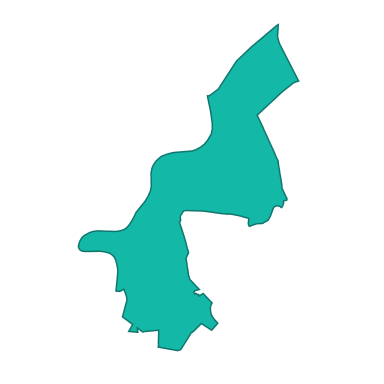 Duong Kinh, Hải Phòng, Vietnam, rotated 263°
{"feature_id": "81297802B62167717430855", "entity_name": "Duong Kinh", "entity_type": "district", "adm_level": 2, "iso_a3": "VNM", "parent_name": "Vietnam", "parent_adm1": "Hải Phòng", "projection": "natural_earth1", "projection_center": [106.703, 20.785], "detail": "fine", "context": "isolated", "style": "filled", "palette": "teal", "viewbox_px": 384, "rotation_deg": 263, "n_neighbors": 0, "source": "geoboundaries", "source_scale": "gbopen_adm2", "svg_char_len": 3290}
<svg xmlns="http://www.w3.org/2000/svg" viewBox="0 0 384 384"><g transform="rotate(263 192 192)"><path d="M347.6,298.0L346.8,296.2L328.6,268.4L316.5,252.1L290.9,230.6L285.5,221.2L285.5,219.0L275.4,219.8L272.8,220.1L271.5,220.2L267.5,220.3L257.7,220.5L252.3,219.9L247.3,218.2L241.7,214.0L237.9,210.1L235.2,205.4L233.5,200.9L232.7,197.4L233.4,179.0L233.2,176.1L232.4,170.8L231.3,166.6L230.6,165.1L228.5,162.0L226.9,159.9L224.3,157.6L222.6,156.4L221.1,155.5L219.6,154.9L217.3,154.1L215.4,153.6L212.8,153.4L209.9,153.1L206.7,152.7L204.0,152.5L201.0,151.9L198.4,151.0L193.2,148.0L188.3,144.1L180.9,136.4L178.4,133.9L173.3,130.7L169.7,128.0L166.6,125.2L164.6,122.9L163.3,120.7L162.5,117.8L162.1,114.5L162.2,110.8L163.7,101.0L164.7,95.3L165.0,91.9L164.9,91.0L164.9,88.9L164.3,85.9L163.3,83.1L161.9,79.7L160.1,77.2L158.1,75.6L156.2,74.3L154.8,73.7L152.9,72.9L151.5,72.6L150.4,72.7L149.3,73.2L148.4,73.6L147.1,75.0L146.4,76.8L146.0,78.8L145.5,82.9L144.5,92.7L144.2,94.3L143.7,96.3L143.0,98.7L141.9,101.4L141.2,102.8L139.9,104.4L138.8,105.5L136.8,106.9L134.2,107.8L131.0,108.4L125.7,108.8L124.6,108.8L122.8,108.7L120.1,108.3L102.9,104.5L102.1,108.2L103.8,112.5L97.4,114.1L93.5,114.4L92.7,114.3L84.8,111.1L76.5,107.8L73.6,110.9L67.7,117.0L61.3,112.2L59.4,121.1L59.6,121.1L63.8,121.1L59.1,126.0L59.0,126.3L59.3,127.4L58.9,142.1L54.4,141.5L45.9,140.2L45.0,140.3L42.2,139.6L41.3,142.4L37.6,154.4L36.4,158.0L36.4,158.8L36.5,159.6L36.6,160.5L37.0,161.6L37.9,162.4L50.7,172.8L52.2,173.9L52.5,174.2L52.6,174.9L52.9,175.6L53.7,176.7L60.3,185.3L52.4,194.7L58.6,201.6L61.8,199.3L64.0,197.9L65.7,197.1L67.9,196.3L68.2,196.2L69.6,196.0L72.2,195.9L74.6,196.1L76.9,196.8L78.4,197.7L79.4,198.4L89.9,190.7L88.0,186.4L89.3,186.1L89.6,185.9L89.4,185.0L89.8,184.5L90.6,183.8L90.9,183.5L90.4,182.3L91.3,181.8L92.3,181.7L93.3,182.3L93.7,183.2L94.3,187.4L105.2,179.4L105.9,179.1L110.3,178.4L114.1,178.4L119.2,178.1L121.6,178.2L125.9,178.0L126.7,178.1L127.4,178.3L128.2,178.7L131.8,181.1L132.3,181.2L134.2,180.9L137.6,180.3L140.2,180.0L140.5,180.0L143.6,179.6L153.8,177.8L163.2,175.9L163.7,176.0L164.4,176.8L164.9,177.1L165.7,177.2L169.1,177.4L169.9,177.7L174.3,181.4L174.3,183.5L174.3,184.4L172.2,197.8L172.1,198.8L171.7,201.0L167.8,215.7L166.9,218.9L166.3,222.0L165.7,224.8L165.6,225.3L165.9,225.4L164.4,230.9L162.9,235.3L162.0,237.9L161.4,239.0L159.6,243.5L159.0,245.1L158.6,245.2L155.2,244.3L153.6,244.0L152.2,244.2L151.5,244.4L150.9,244.8L152.0,249.3L152.6,252.2L152.4,255.1L152.2,257.5L152.3,258.4L152.5,258.9L153.0,259.9L154.4,263.5L155.0,264.3L158.2,266.7L166.1,270.8L167.1,271.7L167.7,273.0L167.9,274.2L167.8,275.4L167.4,276.8L167.0,277.3L165.6,279.0L166.3,279.7L166.9,280.1L169.4,281.4L170.2,281.7L171.3,281.5L171.8,281.7L172.2,282.2L172.2,283.5L172.2,284.9L173.7,285.5L178.5,283.8L185.0,281.7L185.3,281.7L186.8,282.0L189.5,282.0L199.4,281.5L199.8,281.4L200.6,281.4L203.0,281.5L206.6,281.2L212.5,281.2L213.6,280.9L214.9,280.3L215.8,279.9L219.6,279.0L222.8,278.0L244.3,271.2L249.4,269.7L260.3,266.0L266.9,275.1L274.9,286.2L275.7,287.3L277.2,289.2L279.5,292.4L281.3,295.2L282.9,297.7L286.7,304.0L288.0,306.1L288.2,307.3L288.6,308.5L288.8,309.2L289.1,311.4L290.9,310.7L302.9,306.3L321.7,299.4L328.6,296.9L332.4,296.2L336.1,295.8L339.1,296.5L347.6,298.0Z" fill="#14b8a6" stroke="#0f766e" stroke-width="1.5"/></g></svg>